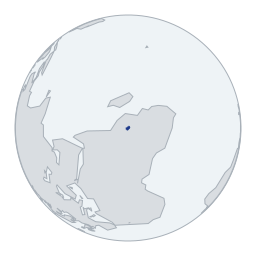 the Earth from above Mzimba, rotated 224°
{"feature_id": "MWI-1900", "entity_name": "Mzimba", "entity_type": "District", "adm_level": 1, "iso_a3": "MWI", "parent_name": "Malawi", "parent_adm1": "", "projection": "orthographic", "projection_center": [33.7, -11.843], "detail": "fine", "context": "on_globe", "style": "filled", "palette": "blue", "viewbox_px": 256, "rotation_deg": 224, "n_neighbors": 0, "source": "natural_earth", "source_scale": "10m", "svg_char_len": 6088}
<svg xmlns="http://www.w3.org/2000/svg" viewBox="0 0 256 256"><g transform="rotate(224 128 128)"><circle cx="128" cy="128" r="113" fill="#eef3f6" stroke="#a8b0b8"/><path d="M15.9,117.2L16.1,117.9L16.1,122.1L15.9,125.3L16.4,125.4L16.4,127.3L20.0,127.0L23.4,130.2L24.3,137.0L23.4,146.1L27.2,163.5L27.0,171.2L30.0,178.3L35.1,189.4L34.6,190.2L37.9,194.4L40.2,197.9L40.7,199.0L43.6,202.3L44.1,203.1L45.7,204.7L50.6,209.8L53.9,212.7L58.5,216.6L60.7,218.2L60.9,218.4L62.2,219.4L63.7,220.5L63.3,220.2L57.0,215.4L51.0,210.2L45.4,204.6L40.2,198.6L35.5,192.3L31.2,185.6L27.4,178.7L24.1,171.5L21.3,164.1L19.0,156.5L17.3,148.8L16.1,140.9L15.5,133.0L15.4,125.1L15.9,117.2ZM63.8,220.5L64.1,220.7L61.2,218.6L63.7,220.0L65.7,221.7L64.0,220.7L63.8,220.5ZM58.7,215.9L57.3,214.4L58.0,214.7L59.1,215.9L58.7,215.9ZM229.6,79.5L230.9,82.4L230.2,83.0L230.8,84.7L229.0,81.6L228.9,84.1L234.1,96.8L234.8,100.0L233.6,104.2L233.1,101.7L228.4,93.4L229.2,100.8L232.9,109.2L234.2,117.8L232.1,113.9L230.6,106.4L228.8,103.2L228.1,96.6L224.4,86.0L222.2,86.6L221.2,82.8L215.8,74.0L212.0,74.7L206.7,82.5L207.9,92.4L205.3,96.2L197.4,80.6L193.9,71.1L191.0,71.4L182.9,63.1L168.8,61.1L166.8,58.7L164.2,59.5L158.5,57.0L155.5,53.5L152.1,53.5L160.0,63.1L163.7,63.2L166.9,59.9L168.4,63.4L173.9,66.9L167.6,74.8L146.7,81.7L144.8,74.3L129.6,55.7L130.2,53.8L130.1,53.6L129.9,53.2L128.4,56.4L125.8,53.1L133.8,65.3L135.0,71.0L146.4,82.1L145.3,83.2L149.0,85.7L161.0,83.5L161.0,86.0L155.3,97.5L138.8,114.1L141.1,126.0L140.0,136.5L130.0,143.6L131.2,152.0L126.0,155.0L125.9,159.9L121.9,165.3L115.1,170.6L103.4,171.4L102.4,166.9L96.2,158.7L87.5,139.1L90.2,129.8L89.1,123.0L80.6,109.2L82.4,101.0L80.2,98.0L75.6,99.4L73.1,95.9L70.3,96.3L53.3,102.4L48.4,98.7L43.0,86.0L46.2,79.6L47.1,73.3L69.7,49.1L74.0,49.2L91.3,44.4L93.4,44.7L90.9,49.1L103.5,53.1L108.1,49.2L119.9,51.7L128.1,51.5L131.9,43.7L118.5,43.7L116.6,40.2L127.7,37.0L139.5,37.8L139.2,36.5L132.1,33.5L135.2,31.4L129.7,32.4L131.7,33.6L128.3,34.4L126.3,33.4L127.5,32.6L124.0,32.1L119.3,36.5L120.8,38.2L111.5,39.4L113.0,42.6L110.4,44.3L106.8,39.7L107.4,37.9L100.4,33.9L98.9,35.8L105.4,39.8L103.2,39.6L101.2,42.8L100.9,40.3L94.2,35.9L86.1,38.2L75.1,47.1L70.5,48.8L67.0,48.2L71.7,40.4L81.4,37.8L83.3,35.5L81.9,33.2L85.0,32.8L85.6,31.7L89.3,30.9L95.2,27.7L99.1,27.0L102.0,24.1L104.4,23.4L102.0,25.2L102.4,26.3L112.1,25.3L114.2,24.6L115.3,22.9L117.8,23.1L117.6,21.7L123.5,21.0L116.2,20.8L117.3,19.4L121.2,18.4L120.2,18.0L113.9,19.8L112.6,20.6L113.5,21.3L108.8,24.2L105.3,25.0L105.3,22.3L100.4,23.3L102.6,21.2L118.3,16.8L124.5,16.2L133.5,17.4L131.7,17.9L127.6,17.6L130.9,18.9L130.9,18.3L133.0,18.6L134.6,17.8L136.1,18.0L135.0,17.1L137.1,17.2L137.8,17.8L141.9,17.3L146.4,17.9L146.6,17.7L145.5,17.4L152.0,18.6L151.8,18.5L149.7,18.0L147.9,17.4L147.4,17.1L149.7,17.5L150.2,17.7L154.6,19.0L155.6,19.7L156.5,19.9L156.2,19.4L150.7,17.8L149.8,17.5L152.7,18.2L151.5,17.9L151.8,17.9L154.1,18.4L152.4,18.0L160.7,20.2L168.7,23.0L176.5,26.3L184.0,30.3L191.3,34.8L198.1,39.8L204.6,45.4L210.6,51.4L216.1,57.9L221.2,64.7L225.7,71.9L229.6,79.5ZM61.5,59.9L60.8,61.7L61.5,59.9ZM151.9,43.1L159.0,44.1L156.0,39.3L158.5,39.4L156.6,37.9L155.8,39.0L151.1,35.2L154.3,34.3L153.5,32.7L151.1,32.3L146.0,34.5L152.7,39.9L150.9,41.5L151.9,43.1ZM85.5,27.6L86.6,27.8L84.8,29.1L79.9,31.0L82.4,29.0L85.5,27.6ZM88.5,27.9L89.9,25.2L93.0,24.2L91.0,25.2L92.9,24.8L90.2,26.3L91.8,28.4L90.4,29.7L82.1,31.9L85.6,30.3L84.4,30.1L88.5,27.9ZM87.9,22.9L88.5,22.5L94.5,20.8L93.2,21.4L88.2,23.0L86.8,23.3L87.9,22.9ZM96.1,43.0L97.7,43.0L100.4,42.5L99.2,44.7L96.1,43.0ZM91.3,40.0L92.9,39.5L92.4,42.0L90.7,42.2L91.3,40.0ZM94.1,37.4L93.0,39.3L92.6,38.4L94.1,37.4ZM103.5,24.9L105.2,24.5L105.2,24.8L104.1,25.5L103.5,24.9ZM121.9,15.5L120.7,15.6L119.6,15.7L121.9,15.5ZM129.4,44.9L126.8,46.4L125.7,45.7L126.8,45.3L129.4,44.9ZM112.1,45.2L115.9,46.0L111.7,45.8L112.1,45.2ZM123.9,15.4L124.3,15.4L123.2,15.5L123.9,15.4ZM171.0,198.2L171.4,200.1L169.8,199.9L171.0,198.2ZM159.4,135.6L151.7,154.1L146.3,154.0L145.3,148.3L148.2,137.0L154.4,134.1L157.4,129.2L159.4,135.6ZM238.7,144.4L238.8,145.9L238.7,146.4L238.7,144.4ZM238.7,141.6L239.0,142.9L238.4,142.5L238.7,141.6ZM239.1,143.4L239.4,143.5L239.5,143.2L239.3,144.2L239.1,143.4ZM238.4,140.9L235.6,136.8L234.2,133.9L234.8,132.4L237.1,135.3L238.4,140.9ZM234.6,132.2L232.1,124.6L226.6,106.5L228.6,107.8L233.9,119.9L233.7,121.4L235.2,126.9L234.6,132.2ZM239.7,128.0L239.4,132.7L238.1,130.0L237.4,128.3L236.9,121.3L237.2,118.5L237.9,119.4L239.1,112.1L239.8,115.8L239.8,119.2L240.2,124.4L239.7,128.0ZM208.4,93.5L211.1,100.2L209.5,100.8L208.4,93.5ZM238.5,106.2L238.7,109.4L238.1,104.6L238.5,106.2ZM237.8,103.1L237.4,101.0L237.8,103.1ZM231.8,87.6L231.2,87.3L230.6,85.8L231.1,85.3L231.8,87.6ZM142.8,16.3L140.8,16.2L140.6,16.4L143.0,17.0L138.6,16.3L138.8,16.0L142.4,16.3L142.8,16.3ZM223.2,188.3L219.7,189.5L220.1,187.1L222.4,184.1L227.5,172.8L227.6,173.4L230.5,166.4L233.9,164.1L237.1,155.9L236.9,156.7L234.4,165.0L231.3,173.0L227.5,180.8L223.2,188.3ZM239.1,146.4L238.8,147.5L239.3,145.5L239.1,146.4ZM240.6,126.0L240.4,126.1L240.5,129.6L240.6,129.0L240.5,130.8L240.3,136.8L240.1,138.4L240.4,132.0L239.9,137.3L239.8,136.6L240.1,131.4L240.4,126.1L240.5,124.3L240.6,125.2L240.6,126.0ZM239.7,113.4L239.7,113.5L239.7,113.3L239.7,113.4ZM237.2,100.5L237.2,100.4L237.0,99.6L237.2,100.5Z" fill="#d9dde1" stroke="#a8b0b8" stroke-width="1"/><path d="M127.2,127.2L127.4,126.8L127.4,126.7L127.2,126.4L127.3,126.3L127.5,126.4L127.5,126.5L127.6,126.4L127.8,126.4L127.8,126.5L127.9,126.4L128.0,126.4L128.0,126.5L128.1,126.4L128.4,126.4L128.5,126.3L128.7,126.5L128.6,126.8L128.7,127.1L128.8,127.1L128.7,127.3L128.4,127.4L128.2,127.5L128.1,127.8L128.2,128.0L128.2,128.3L128.0,128.5L128.3,128.6L128.2,128.7L128.1,128.8L128.3,128.9L128.3,129.0L128.5,129.2L128.6,129.3L128.8,129.3L128.7,129.3L128.5,129.5L128.4,129.5L128.2,129.7L127.9,129.7L127.7,129.6L127.8,129.5L127.8,129.4L127.7,129.3L127.7,129.2L127.8,129.1L127.7,129.1L127.5,128.9L127.4,129.0L127.3,128.9L127.2,128.7L127.2,128.3L127.2,128.2L127.3,128.1L127.2,128.1L127.3,127.9L127.2,127.6L127.1,127.4L127.1,127.2L127.2,127.2Z" fill="#3b82f6" stroke="#1e3a8a" stroke-width="1.5"/></g></svg>